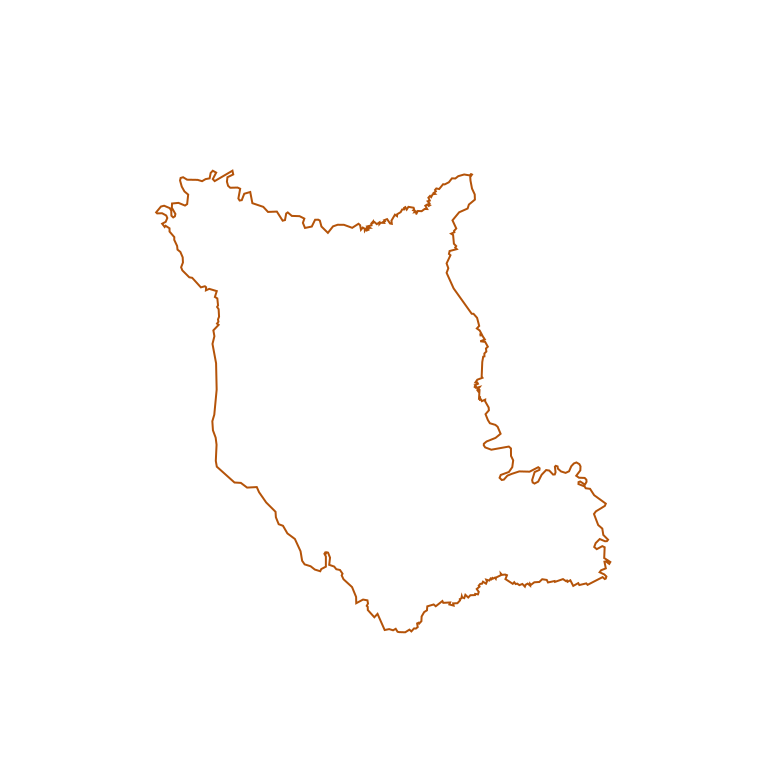 outline of Bojonegoro, Jawa Timur, Indonesia, rotated 58°
{"feature_id": "22746128B62232019301027", "entity_name": "Bojonegoro", "entity_type": "district", "adm_level": 2, "iso_a3": "IDN", "parent_name": "Indonesia", "parent_adm1": "Jawa Timur", "projection": "mercator", "projection_center": [111.819, -7.228], "detail": "fine", "context": "isolated", "style": "outline", "palette": "amber", "viewbox_px": 768, "rotation_deg": 58, "n_neighbors": 0, "source": "geoboundaries", "source_scale": "gbopen_adm2", "svg_char_len": 6165}
<svg xmlns="http://www.w3.org/2000/svg" viewBox="0 0 768 768"><g transform="rotate(58 384 384)"><path d="M130.5,487.2L134.6,486.8L134.1,485.4L138.3,483.4L141.1,485.1L148.3,484.0L150.6,485.5L157.3,486.3L160.6,487.9L164.1,486.7L169.9,487.6L174.4,490.1L177.5,494.2L180.8,494.8L190.3,492.6L192.3,490.4L205.0,488.1L206.2,484.1L207.7,483.6L210.2,485.4L210.7,481.8L216.6,476.6L220.6,481.3L223.1,480.0L229.4,483.1L230.2,484.7L232.9,484.6L239.5,488.2L241.3,490.6L243.4,491.4L244.3,493.6L246.2,492.9L248.1,500.3L253.6,502.5L259.1,508.2L277.4,515.4L300.1,528.9L320.1,544.2L324.6,549.3L332.6,553.6L340.3,555.2L346.8,558.2L360.1,567.4L365.5,569.6L388.3,563.0L392.0,557.8L399.3,555.0L404.0,546.5L409.5,547.3L422.0,546.7L434.9,543.7L439.7,546.3L447.1,547.6L450.7,544.8L459.5,545.1L468.2,541.7L481.6,543.4L490.5,547.1L494.9,546.9L499.7,542.8L504.7,541.0L509.0,537.3L507.7,535.3L508.1,530.1L499.5,524.7L496.4,524.5L495.8,523.2L497.0,523.1L496.4,521.7L497.4,520.8L502.7,521.8L508.3,526.3L512.4,523.0L515.8,522.6L518.4,519.9L522.9,519.7L523.9,521.3L528.1,521.8L539.3,518.7L549.8,520.5L555.2,523.7L555.7,516.0L558.7,512.7L561.7,513.9L563.0,516.2L564.4,515.9L567.1,517.5L576.7,515.8L575.5,511.3L593.0,513.8L594.6,509.5L597.7,506.8L597.8,503.8L601.3,503.8L602.4,502.7L605.8,497.6L605.8,492.6L608.3,491.9L607.2,488.0L608.3,486.6L608.0,484.2L604.6,482.8L604.8,481.1L605.8,481.1L605.0,478.0L601.1,475.3L598.7,470.8L598.7,467.5L595.5,465.1L597.3,458.7L599.9,457.9L599.0,449.5L601.0,449.7L604.3,443.7L605.6,445.4L608.8,442.4L606.7,441.6L608.8,437.9L607.8,434.2L606.6,433.7L606.8,432.0L605.2,430.5L606.4,430.8L608.1,429.4L605.9,426.7L609.7,425.7L608.9,422.7L611.2,418.7L610.3,417.9L612.2,415.8L610.5,413.8L607.0,414.0L606.5,410.4L605.2,410.5L604.5,408.3L605.3,406.7L604.1,404.8L607.4,403.3L606.1,401.4L604.1,401.0L606.5,398.8L605.5,396.8L606.6,396.6L606.5,395.0L605.0,395.1L606.8,394.6L607.0,392.5L608.4,392.4L607.5,391.5L608.1,386.1L606.6,385.4L608.4,385.1L609.8,382.2L611.3,381.7L610.8,380.3L613.8,384.4L621.7,380.7L621.1,378.6L623.4,378.4L623.9,376.8L626.3,375.8L626.9,372.6L630.5,371.9L629.3,370.3L629.4,367.9L632.5,366.9L631.0,366.0L632.2,365.8L631.8,361.6L634.2,357.2L633.4,353.3L636.4,349.8L639.2,350.1L641.5,343.7L642.4,343.9L644.3,335.6L647.5,334.2L647.6,333.0L649.0,333.2L649.2,330.0L655.5,330.5L655.8,324.8L658.0,324.9L660.3,318.1L662.2,317.8L663.6,301.0L666.4,300.1L666.5,299.0L665.1,297.4L662.2,298.1L657.9,300.9L657.0,298.6L657.9,293.6L651.5,291.2L652.1,289.8L655.9,288.3L654.9,286.4L648.3,289.5L639.4,283.4L637.2,284.8L636.8,291.1L633.6,292.1L631.1,288.8L629.8,283.2L634.5,279.9L635.4,278.2L634.8,276.5L628.2,278.0L622.3,275.5L617.1,277.1L605.5,274.8L604.3,271.8L604.4,261.3L603.0,259.3L589.7,264.7L582.1,264.8L579.3,268.2L577.1,268.2L571.9,272.1L570.3,271.0L570.6,269.3L575.8,266.9L574.3,264.1L572.4,263.1L570.0,263.6L566.8,268.3L563.7,269.6L561.3,263.3L558.0,261.0L555.5,260.8L552.5,262.4L552.0,265.1L553.0,268.8L556.1,273.3L555.6,277.1L552.0,280.2L547.9,281.4L545.9,280.5L544.4,281.7L544.7,282.9L549.8,285.3L551.2,287.1L550.4,288.6L545.0,289.7L542.9,292.1L544.5,298.4L548.5,305.0L548.2,309.1L546.3,310.1L544.0,309.3L538.5,302.9L539.2,297.7L537.9,296.7L536.3,297.3L535.5,307.0L529.8,315.6L527.9,323.3L527.1,327.9L528.6,333.0L527.8,335.0L524.8,335.7L523.0,333.2L524.8,324.7L522.5,319.3L517.2,314.9L512.3,314.4L505.9,310.5L503.2,311.3L496.6,327.8L491.4,331.8L488.9,331.9L487.6,331.0L487.1,327.5L488.8,318.0L488.0,311.5L480.5,310.3L477.7,311.2L473.4,315.0L469.6,315.0L463.4,313.9L461.9,309.0L459.4,307.7L452.2,307.4L450.9,306.5L450.4,310.1L448.6,309.9L448.3,310.9L446.5,309.8L446.5,311.0L439.6,306.1L438.7,306.5L440.0,308.0L438.6,308.1L437.2,304.4L436.1,308.0L433.7,309.0L434.7,308.3L434.5,307.3L433.1,307.4L433.6,304.2L432.2,304.1L431.1,305.6L429.8,302.6L430.9,297.2L429.4,297.2L417.4,289.0L413.4,285.4L413.8,284.2L411.3,282.7L410.7,280.0L407.9,278.7L407.4,276.2L401.9,275.9L398.8,279.7L399.7,274.9L394.7,275.0L393.9,276.4L393.0,276.0L393.7,274.8L389.3,274.5L386.1,275.8L385.2,272.5L377.2,270.0L371.9,270.9L370.9,272.4L339.8,274.3L322.9,272.0L319.9,268.1L314.9,267.0L310.0,259.4L308.1,260.0L306.0,257.9L308.2,250.8L306.0,251.3L305.3,249.7L302.1,250.4L294.2,246.4L292.1,247.4L292.6,243.9L291.3,243.5L290.4,240.3L281.5,239.2L278.2,229.3L279.5,220.1L276.8,216.9L275.8,209.2L271.3,206.6L264.9,205.8L257.4,202.9L254.2,201.2L253.0,198.4L252.1,199.0L252.5,200.8L248.8,205.0L247.1,210.9L247.5,214.6L245.6,217.4L247.3,222.1L246.9,226.8L245.9,228.0L247.9,233.9L245.9,236.0L246.5,237.9L248.1,237.9L248.3,240.4L249.9,239.9L248.9,242.2L250.5,245.0L248.9,245.3L249.5,247.6L252.7,248.0L252.2,250.1L255.0,249.7L255.4,251.2L256.7,250.4L256.7,251.7L254.7,252.1L254.7,254.5L258.5,254.7L257.1,256.8L257.4,260.5L255.2,263.6L257.2,267.0L255.4,265.0L254.5,267.1L254.0,265.8L252.2,267.1L251.9,265.9L250.2,265.5L246.7,269.4L248.1,272.3L245.3,272.2L245.3,273.7L246.6,274.4L245.6,276.1L247.1,278.8L247.0,282.9L248.5,284.0L246.2,285.0L249.4,291.1L252.3,292.5L251.1,293.8L245.8,294.0L245.2,297.1L246.5,297.1L246.2,298.6L247.4,298.6L245.5,301.4L246.0,303.2L244.5,302.3L244.6,305.4L241.5,306.3L241.5,307.7L240.4,307.1L241.2,309.8L242.8,310.5L241.6,314.3L244.2,313.1L243.2,315.1L245.0,315.4L244.7,317.1L242.5,316.2L243.8,319.0L242.0,318.1L240.1,319.1L241.0,321.8L236.7,320.1L234.6,320.7L234.7,328.2L227.8,333.6L224.4,338.9L223.3,343.7L226.1,351.5L217.3,353.6L211.4,351.8L209.8,352.7L208.2,355.4L212.2,361.8L209.8,368.3L204.4,367.4L201.5,363.9L196.9,366.7L192.6,373.1L187.5,374.7L187.6,376.6L192.5,381.1L191.8,383.4L181.0,383.5L176.6,391.2L169.8,392.5L160.9,399.8L150.3,395.7L148.6,401.7L152.7,407.2L151.9,409.2L149.5,409.2L142.2,402.5L139.8,404.1L136.1,410.4L133.3,411.2L129.2,410.0L125.7,407.2L126.4,400.8L122.8,399.5L122.2,420.1L119.5,420.6L115.8,414.3L112.4,416.2L113.2,419.2L117.2,422.9L115.7,426.7L115.6,430.8L112.1,433.9L106.4,442.7L102.2,444.8L101.5,447.3L103.3,449.1L109.4,450.9L114.9,451.2L119.6,449.7L127.1,455.6L127.2,458.2L121.5,462.3L118.6,468.1L122.1,470.5L129.3,470.8L131.0,472.5L131.0,474.5L128.6,475.1L124.3,472.6L121.3,472.5L116.3,476.0L115.3,479.1L117.7,486.3L119.1,486.0L121.6,481.7L125.7,479.4L128.4,479.8L130.8,483.2L130.5,487.2Z" fill="none" stroke="#b45309" stroke-width="2"/></g></svg>